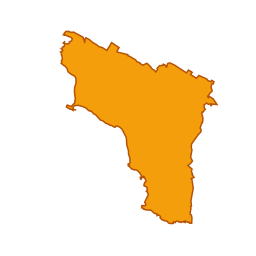 the district of Balbriggan Lea-5, Fingal, Ireland, rotated 200°
{"feature_id": "5873133B84981347333265", "entity_name": "Balbriggan Lea-5", "entity_type": "district", "adm_level": 2, "iso_a3": "IRL", "parent_name": "Ireland", "parent_adm1": "Fingal", "projection": "robinson", "projection_center": [-6.161, 53.585], "detail": "fine", "context": "isolated", "style": "filled", "palette": "amber", "viewbox_px": 256, "rotation_deg": 200, "n_neighbors": 0, "source": "geoboundaries", "source_scale": "gbopen_adm2", "svg_char_len": 3410}
<svg xmlns="http://www.w3.org/2000/svg" viewBox="0 0 256 256"><g transform="rotate(200 128 128)"><path d="M35.6,60.3L37.1,65.3L38.7,67.9L40.2,68.4L40.5,69.1L41.3,73.8L42.2,75.1L41.6,76.1L44.0,81.2L46.1,93.7L50.0,101.0L51.3,102.0L49.0,104.1L51.8,106.1L51.5,106.5L53.6,109.0L53.8,111.3L58.9,113.3L57.2,115.9L56.1,119.0L59.1,121.8L60.4,129.3L61.9,131.3L62.8,134.7L59.8,145.6L58.2,149.3L58.8,151.6L60.2,152.5L60.4,156.8L60.0,157.7L60.4,158.5L59.9,159.0L60.9,162.8L63.6,166.7L63.7,168.5L63.0,168.5L61.8,172.1L63.2,173.0L64.4,175.7L62.6,178.3L60.7,177.8L58.4,178.9L57.9,177.4L57.4,177.6L57.8,178.3L57.2,178.6L57.4,179.2L52.4,180.5L57.9,184.5L61.9,185.4L62.9,184.0L64.1,185.2L63.3,186.0L63.2,188.1L61.5,191.5L64.2,195.3L64.1,198.2L63.0,198.5L63.0,200.9L65.7,201.4L65.9,199.9L69.2,199.9L70.7,201.0L79.4,201.6L80.8,198.2L87.6,199.7L86.7,202.2L87.6,202.5L91.0,203.1L91.9,199.8L106.2,203.1L110.8,203.5L112.7,202.3L112.6,198.4L113.4,198.6L113.6,199.7L116.5,200.0L116.2,199.0L117.3,198.9L118.1,197.9L119.5,197.5L121.1,194.0L120.1,193.0L121.2,190.1L122.6,191.2L125.2,191.6L128.7,193.8L132.4,195.3L135.5,192.1L139.0,192.8L139.3,193.4L142.4,193.4L144.1,194.6L151.6,196.0L152.5,195.8L153.2,196.1L153.3,196.9L164.0,195.7L164.6,196.4L163.9,200.5L172.6,202.6L174.4,193.6L179.6,194.8L183.4,194.5L185.1,195.3L190.5,196.3L194.4,197.8L198.5,198.4L199.0,196.0L198.0,194.8L198.1,194.0L201.5,198.0L212.2,199.5L213.1,198.7L215.6,198.3L217.2,198.5L217.9,197.9L219.3,197.7L220.4,194.9L219.6,194.2L220.1,193.7L219.4,193.8L219.4,193.4L218.5,193.8L212.8,193.7L211.1,193.0L210.9,192.2L210.9,190.5L212.6,188.8L212.1,187.6L212.6,187.0L214.8,185.8L217.2,186.1L217.2,188.1L217.3,186.1L218.5,185.8L216.3,185.3L216.1,184.4L216.0,182.7L217.4,181.4L216.9,179.7L217.4,179.5L216.3,179.2L215.8,178.3L217.4,176.3L216.1,175.8L215.7,174.0L214.6,173.1L213.1,170.0L213.6,168.5L212.6,166.9L213.0,166.0L209.8,164.8L208.5,164.7L205.8,163.2L203.5,160.3L200.1,159.1L195.8,158.5L193.8,156.6L192.2,152.5L192.0,147.7L190.6,143.4L187.7,137.9L186.7,133.2L188.9,128.7L192.4,128.9L193.2,128.3L193.1,126.7L189.4,125.9L187.4,126.2L185.5,125.7L185.2,126.8L182.8,127.2L185.6,126.9L186.2,127.3L186.7,128.9L185.7,130.8L182.5,132.3L177.7,132.7L174.4,132.4L170.7,130.8L169.5,131.4L168.8,130.8L167.7,131.1L165.3,129.6L162.8,129.3L156.7,126.0L154.1,126.2L150.8,124.9L146.8,124.8L145.9,124.3L144.0,124.8L141.2,124.1L140.3,124.4L140.0,125.8L138.1,126.2L135.9,125.9L133.2,124.8L126.3,118.4L123.4,111.8L119.8,106.8L118.5,103.5L115.8,100.2L114.3,96.1L114.4,95.3L115.6,94.0L114.8,92.7L114.4,93.3L113.7,93.2L113.8,92.4L110.5,90.7L109.3,91.0L108.2,90.7L106.3,91.4L104.2,91.1L101.4,89.7L98.6,87.3L99.5,85.5L98.6,84.3L98.2,84.5L99.4,85.5L98.4,86.8L96.7,88.0L96.0,87.5L98.6,86.3L97.9,86.1L98.4,85.0L97.8,86.3L96.4,86.9L95.1,86.6L92.7,84.3L93.7,82.4L93.5,79.5L92.7,79.0L91.9,79.3L90.0,78.7L88.6,76.3L89.1,74.7L87.9,74.5L86.1,72.3L86.9,64.3L86.8,63.6L85.4,62.9L85.0,61.0L88.4,59.9L88.4,59.0L87.5,58.6L87.7,57.8L87.1,58.0L86.3,57.3L85.3,57.5L85.2,57.1L83.3,57.2L78.3,58.6L74.0,56.8L71.7,57.2L71.3,56.3L70.6,56.6L70.5,56.0L70.1,56.6L68.3,56.5L67.3,55.9L67.2,54.9L66.7,55.0L66.6,54.3L64.6,53.4L61.1,53.4L60.2,53.9L56.9,52.5L54.9,52.9L54.8,53.0L52.8,53.8L53.3,55.1L52.3,55.7L51.4,55.2L51.1,56.4L50.1,57.2L48.8,57.5L47.8,57.0L46.9,57.5L45.8,57.4L45.0,58.5L41.8,58.8L41.8,59.4L43.2,59.6L42.5,60.2L38.7,59.8L38.3,60.4L37.3,59.7L35.6,60.3Z" fill="#f59e0b" stroke="#b45309" stroke-width="1.5"/></g></svg>